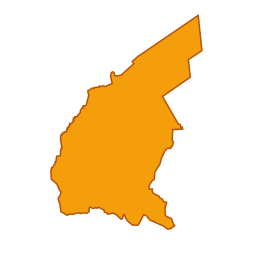 the district of Wihan Daeng, Saraburi, Thailand, rotated 174°
{"feature_id": "78962969B45095827197319", "entity_name": "Wihan Daeng", "entity_type": "district", "adm_level": 2, "iso_a3": "THA", "parent_name": "Thailand", "parent_adm1": "Saraburi", "projection": "robinson", "projection_center": [100.989, 14.34], "detail": "medium", "context": "isolated", "style": "filled", "palette": "amber", "viewbox_px": 256, "rotation_deg": 174, "n_neighbors": 0, "source": "geoboundaries", "source_scale": "gbopen_adm2", "svg_char_len": 1874}
<svg xmlns="http://www.w3.org/2000/svg" viewBox="0 0 256 256"><g transform="rotate(174 128 128)"><path d="M203.4,51.8L197.5,47.5L195.1,48.5L191.6,47.9L186.4,49.0L184.0,47.8L182.4,48.4L177.6,47.6L175.3,49.1L175.3,52.0L174.2,53.4L170.7,51.5L169.0,52.2L167.0,51.5L165.7,52.2L160.7,49.2L160.2,46.7L158.8,46.4L157.0,44.4L151.7,44.9L149.0,43.3L144.5,38.0L142.8,38.6L141.7,42.2L141.0,42.4L138.6,36.1L133.8,31.0L128.7,30.3L127.6,30.9L121.4,40.1L119.1,39.0L116.0,34.3L102.8,26.7L99.2,23.3L96.2,23.4L91.8,25.9L93.0,28.1L94.3,33.4L98.3,35.6L100.1,37.4L99.6,44.3L97.3,50.0L100.2,50.8L101.3,53.7L103.5,55.0L104.0,56.7L109.7,60.5L110.5,62.4L110.0,64.7L113.4,65.0L113.0,68.5L109.5,73.0L107.4,74.2L105.8,81.5L100.1,88.7L97.7,94.9L93.3,101.9L92.5,102.1L92.1,103.2L89.3,103.7L88.2,103.1L85.8,105.3L84.3,109.4L85.3,111.3L83.7,121.7L73.7,121.2L74.0,123.3L75.3,123.1L75.7,126.1L77.2,126.3L77.8,127.2L90.4,155.8L60.8,172.0L60.8,189.7L46.4,197.3L46.4,232.7L110.7,198.1L116.8,193.7L115.5,191.3L129.3,181.3L134.7,180.9L135.7,181.7L135.9,184.1L137.0,185.4L138.6,185.0L140.0,181.7L139.1,174.0L146.4,171.5L147.7,172.6L152.3,171.9L152.3,172.5L153.1,171.7L157.4,171.8L157.5,170.9L160.3,171.4L161.2,170.3L164.2,169.1L163.6,164.7L167.1,155.4L167.9,154.5L170.5,154.7L170.7,152.4L171.9,152.5L173.7,150.0L173.7,148.5L176.9,145.7L177.3,144.6L179.7,144.7L179.8,143.5L181.2,143.7L181.2,141.5L181.9,141.5L181.6,140.1L184.8,137.9L185.5,138.5L186.1,135.7L186.9,136.0L187.2,134.7L188.5,134.4L188.3,132.8L189.1,132.9L190.1,130.3L191.8,130.8L192.1,130.0L193.8,129.8L193.9,128.5L194.5,128.6L194.6,128.0L195.4,128.1L196.3,124.2L195.8,114.7L196.5,114.8L197.4,113.0L198.2,107.4L201.9,107.4L203.2,102.1L204.1,102.0L203.9,100.9L207.6,96.0L208.1,96.5L209.3,93.0L209.6,85.2L204.5,79.6L202.5,73.1L201.3,71.7L202.3,68.4L204.4,66.1L204.8,64.5L203.8,59.7L203.4,51.8Z" fill="#f59e0b" stroke="#b45309" stroke-width="1.5"/></g></svg>